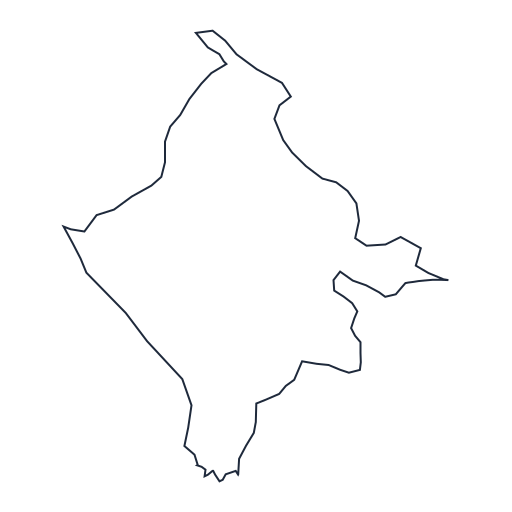 outline of Xylotymvou, Cyprus
{"feature_id": "46923920B99572561458404", "entity_name": "Xylotymvou", "entity_type": "district", "adm_level": 2, "iso_a3": "CYP", "parent_name": "Cyprus", "parent_adm1": "", "projection": "robinson", "projection_center": [33.75, 35.02], "detail": "fine", "context": "isolated", "style": "outline", "palette": "slate", "viewbox_px": 512, "rotation_deg": 0, "n_neighbors": 0, "source": "geoboundaries", "source_scale": "gbopen_adm2", "svg_char_len": 1460}
<svg xmlns="http://www.w3.org/2000/svg" viewBox="0 0 512 512"><path d="M212.6,30.7L195.9,32.9L207.8,47.4L213.0,50.5L219.4,54.2L223.8,61.4L226.4,64.0L211.3,73.1L201.3,83.7L189.4,99.0L180.2,115.0L170.2,126.6L165.0,141.6L165.0,162.3L161.3,176.9L151.4,185.6L131.8,196.5L114.0,209.6L96.6,215.1L84.4,231.5L70.8,229.3L63.6,226.6L72.8,243.5L80.6,258.6L86.4,272.7L125.7,312.9L147.1,341.2L182.3,379.1L191.5,405.3L188.2,427.7L184.4,446.0L194.5,454.7L197.7,464.9L197.1,465.3L201.6,466.8L205.5,469.7L204.6,476.3L207.9,474.7L212.5,470.9L213.2,470.9L215.1,474.6L219.5,481.3L222.7,479.8L225.7,474.3L235.7,470.9L238.1,474.6L238.2,474.4L239.1,458.8L246.1,445.6L253.8,432.9L255.8,422.1L256.3,403.5L265.3,399.9L279.2,393.9L285.8,385.9L294.2,379.8L296.6,374.2L302.1,361.3L316.6,363.8L328.6,365.0L340.2,369.8L348.9,372.7L359.9,369.9L360.8,362.3L360.5,353.0L360.5,342.2L355.1,335.8L351.1,328.1L354.3,318.4L357.3,311.4L352.2,303.2L343.5,296.5L334.2,290.6L333.5,280.1L340.1,271.6L352.8,280.6L366.1,285.3L379.1,292.3L385.2,296.8L395.8,294.3L402.0,287.0L405.4,283.1L408.6,282.5L413.4,281.9L418.4,281.1L424.6,280.5L432.6,279.8L440.9,279.8L448.4,280.1L443.5,279.3L428.4,273.0L415.8,265.6L420.8,248.2L400.6,237.0L385.5,244.5L366.5,245.7L355.2,238.2L359.0,220.8L356.4,203.4L347.6,191.0L336.2,182.3L322.4,178.6L306.0,166.2L292.1,152.5L283.2,140.1L274.4,118.9L279.5,105.3L290.8,96.6L282.0,82.9L256.7,69.2L236.5,54.3L225.2,40.7L212.6,30.7Z" fill="none" stroke="#1e293b" stroke-width="2"/></svg>